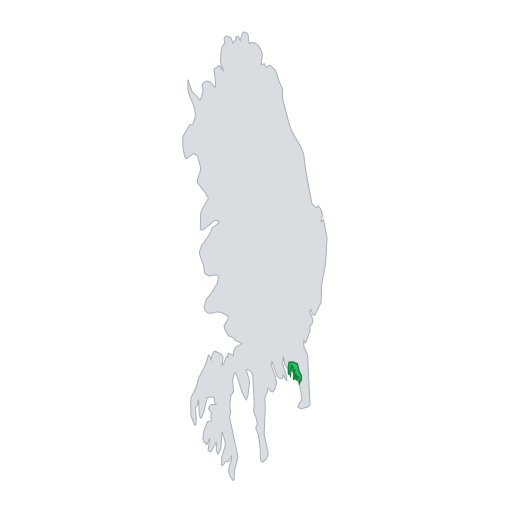 Iceland, with Reykjavík highlighted, rotated 269°
{"feature_id": "ISL-5131", "entity_name": "Reykjavík", "entity_type": "Region", "adm_level": 1, "iso_a3": "ISL", "parent_name": "Iceland", "parent_adm1": "", "projection": "equal_earth", "projection_center": [-21.878, 64.139], "detail": "fine", "context": "in_parent", "style": "filled", "palette": "green", "viewbox_px": 512, "rotation_deg": 269, "n_neighbors": 0, "source": "natural_earth", "source_scale": "10m", "svg_char_len": 4748}
<svg xmlns="http://www.w3.org/2000/svg" viewBox="0 0 512 512"><g transform="rotate(269 256 256)"><path d="M395.5,197.6L400.2,197.8L407.7,196.3L418.4,191.9L422.9,190.9L433.5,190.9L421.0,195.2L416.5,199.9L413.1,202.2L413.2,203.2L422.4,206.1L426.7,205.1L428.6,205.5L430.5,206.9L431.8,209.6L431.2,212.4L428.8,215.2L425.4,217.6L426.0,218.3L428.9,218.7L443.7,217.3L445.6,220.7L447.0,221.9L446.7,223.1L441.0,226.8L447.9,224.4L453.3,223.8L462.9,225.0L466.9,226.3L469.3,228.7L474.0,227.9L476.2,229.3L476.4,230.8L474.6,234.7L469.1,236.7L472.7,239.6L475.6,239.7L476.1,240.4L476.0,242.1L471.8,244.1L479.1,246.4L480.1,247.2L479.8,249.8L478.7,251.3L476.6,252.1L471.5,252.3L468.4,253.2L469.6,254.8L468.9,259.2L465.1,262.8L461.4,264.7L457.8,266.0L447.3,264.6L448.0,267.7L444.4,269.6L445.2,271.3L446.6,272.1L446.1,274.1L441.6,278.4L438.3,279.8L431.8,281.5L422.4,285.4L412.7,285.4L389.1,291.0L379.8,294.0L363.4,303.2L356.3,305.6L344.2,306.7L307.6,312.8L303.6,316.4L303.5,317.2L305.2,318.6L302.5,321.2L297.0,323.0L294.3,323.0L289.7,321.5L289.2,322.2L291.1,324.1L273.1,327.3L248.1,325.6L225.9,321.1L208.4,320.2L196.0,314.0L195.6,313.0L196.9,311.1L201.4,310.3L199.2,308.4L191.8,311.7L189.4,311.6L186.2,310.3L186.1,309.0L179.9,308.5L169.1,304.5L168.3,303.6L170.8,302.3L170.3,302.1L164.5,302.3L156.1,305.9L106.0,307.4L104.3,305.4L102.3,298.3L104.0,295.3L106.1,295.6L111.9,299.6L125.4,297.4L130.8,295.9L135.8,292.0L138.7,290.8L142.8,285.9L146.9,282.9L155.4,281.5L147.8,280.7L135.2,284.6L131.0,284.6L132.9,282.9L137.3,281.0L134.3,280.8L133.1,280.0L133.0,278.1L135.2,275.2L150.1,270.1L146.6,269.1L136.3,273.0L128.8,274.4L122.7,272.6L119.8,270.2L120.0,269.1L123.5,266.0L123.0,265.4L120.5,265.1L113.9,262.3L103.5,262.6L77.7,261.0L58.1,264.9L53.5,263.1L49.7,259.2L50.5,257.6L53.9,256.8L63.5,256.9L77.5,255.1L83.9,252.8L86.4,253.4L87.6,254.5L96.2,252.8L100.8,250.8L108.5,251.7L137.6,250.7L141.4,248.1L142.9,245.0L142.2,244.3L131.6,247.2L129.1,247.1L116.8,245.6L112.3,243.9L113.8,242.6L120.3,239.6L137.0,234.7L139.4,233.7L139.6,232.6L133.0,230.5L120.5,231.1L117.3,228.6L106.9,227.1L100.0,228.0L96.3,226.6L55.4,234.4L42.2,230.8L32.8,230.2L31.9,229.0L37.5,225.6L41.3,225.0L45.1,225.3L52.3,227.7L57.3,228.4L51.1,224.9L50.8,221.6L48.9,220.7L47.0,218.5L47.8,217.8L55.3,218.2L67.2,222.1L73.1,221.4L80.8,218.9L63.7,217.5L58.5,214.5L62.3,212.9L71.1,213.1L61.3,207.9L60.9,207.0L62.6,204.7L74.9,206.7L68.4,203.6L68.3,202.9L70.1,202.4L71.2,200.5L74.2,199.7L80.4,200.4L90.0,203.9L91.4,204.9L91.8,208.6L95.5,208.0L100.1,208.5L103.8,206.0L106.4,206.6L108.4,208.8L108.1,213.7L110.8,212.0L115.2,211.9L116.0,207.9L115.1,204.7L100.5,201.0L94.8,198.3L95.4,197.4L98.3,196.6L113.6,196.0L107.0,194.4L105.4,192.8L93.8,193.4L88.0,192.8L87.9,192.0L90.2,190.8L97.2,188.3L110.6,188.1L116.0,188.8L126.4,194.2L134.6,196.4L148.5,203.8L157.4,206.6L157.8,207.4L156.4,208.2L152.9,209.2L158.2,210.5L161.4,212.4L161.6,213.3L158.8,219.3L155.4,221.3L147.2,220.1L149.2,222.0L155.0,224.1L156.4,225.2L155.5,226.4L158.3,226.0L159.2,226.7L157.9,230.1L156.5,231.4L161.4,232.0L164.8,233.8L168.9,240.7L171.1,235.4L172.2,233.4L174.3,232.7L176.6,227.2L182.1,224.0L187.2,222.8L192.6,226.6L196.4,227.0L200.3,220.3L200.8,215.5L199.5,210.1L200.1,206.3L202.7,204.0L206.2,203.3L213.6,205.6L219.8,210.9L229.2,216.7L235.7,218.1L236.8,217.9L237.9,216.1L236.8,208.4L239.7,204.4L247.3,203.4L258.8,199.7L261.4,199.6L267.2,201.7L277.6,209.4L285.0,212.9L289.0,218.6L290.8,219.7L292.3,217.9L292.3,215.3L283.1,203.6L282.9,202.1L283.8,200.8L299.6,201.4L303.2,202.7L314.5,209.4L319.8,206.6L330.2,198.8L333.9,199.0L343.1,202.2L346.8,201.9L357.3,199.1L359.4,195.4L354.5,188.0L356.3,186.5L366.1,184.7L376.8,185.0L388.2,191.9L388.9,195.1L395.5,197.6Z" fill="#d9dde1" stroke="#a8b0b8" stroke-width="1"/><path d="M128.0,297.2L131.5,296.9L132.6,296.5L133.6,295.7L133.9,295.9L134.2,296.0L134.4,295.9L134.7,295.7L134.7,295.4L134.0,295.0L133.0,294.7L132.0,294.5L131.3,294.7L131.7,294.0L132.7,293.6L133.9,293.5L134.7,293.8L134.3,293.8L133.6,294.1L134.3,294.3L135.2,294.4L136.0,294.3L136.7,294.1L136.7,293.8L135.8,293.8L136.4,293.5L136.7,293.4L134.1,292.3L132.7,291.9L131.3,291.8L132.5,291.4L138.8,291.9L139.1,292.1L139.3,292.3L139.5,292.5L140.8,292.8L141.5,292.8L142.1,292.5L141.6,292.5L141.2,292.5L140.8,292.4L140.4,292.2L140.9,291.8L141.2,291.6L141.5,291.5L140.7,291.2L141.8,291.0L143.2,291.2L143.8,291.2L144.6,291.2L145.5,290.3L144.1,290.7L143.3,290.7L142.9,290.4L143.2,289.9L143.9,289.6L145.2,289.3L144.4,289.0L143.1,288.9L141.8,289.0L140.9,289.3L141.2,288.5L140.7,288.1L139.9,288.0L138.7,288.0L138.3,288.1L138.0,288.2L137.7,288.5L136.1,288.3L137.3,287.8L137.7,287.4L137.5,286.7L138.3,286.4L144.1,286.4L149.1,287.2L149.5,290.5L147.5,295.4L139.9,297.0L136.0,299.1L131.7,299.2L128.0,297.2Z" fill="#22c55e" stroke="#15803d" stroke-width="1.5"/></g></svg>